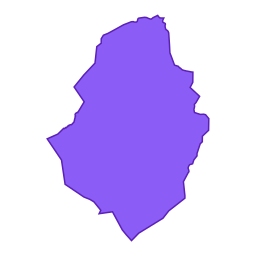 Gurvanbulag, Bayanhongor, Mongolia (orthographic projection)
{"feature_id": "93677404B95109209972050", "entity_name": "Gurvanbulag", "entity_type": "district", "adm_level": 2, "iso_a3": "MNG", "parent_name": "Mongolia", "parent_adm1": "Bayanhongor", "projection": "orthographic", "projection_center": [98.593, 47.279], "detail": "fine", "context": "isolated", "style": "filled", "palette": "violet", "viewbox_px": 256, "rotation_deg": 0, "n_neighbors": 0, "source": "geoboundaries", "source_scale": "gbopen_adm2", "svg_char_len": 2670}
<svg xmlns="http://www.w3.org/2000/svg" viewBox="0 0 256 256"><path d="M131.5,240.6L138.8,233.1L163.0,218.2L168.8,210.8L184.9,198.2L184.9,195.6L183.4,181.7L187.6,173.8L187.9,173.2L188.1,172.8L188.4,172.4L188.8,172.0L188.9,171.7L188.9,171.1L188.7,170.0L188.4,169.0L188.2,168.5L188.1,168.0L188.2,167.4L188.4,166.9L188.7,166.2L189.0,165.6L189.6,164.7L192.6,163.8L193.8,160.0L197.0,155.9L197.0,153.5L200.2,143.8L202.3,141.8L202.4,136.2L208.6,130.3L208.8,118.6L205.6,114.7L203.7,114.2L200.3,114.4L194.5,112.5L193.9,109.6L194.6,106.5L194.4,104.3L195.9,102.7L199.6,96.3L190.1,87.5L192.8,82.3L192.9,72.1L191.1,71.9L189.8,71.6L189.0,71.4L188.2,71.3L187.1,71.1L186.3,71.0L185.3,70.7L184.0,70.4L183.0,70.1L182.5,70.0L182.0,69.6L181.6,69.3L180.9,68.6L180.4,68.1L180.2,68.0L179.9,68.0L179.6,67.8L179.4,67.6L179.0,67.1L178.6,66.7L178.3,66.3L174.5,65.1L171.4,56.7L169.9,52.8L169.5,44.9L168.7,32.8L168.6,32.7L168.3,31.8L167.9,31.1L167.5,30.6L167.1,30.3L166.7,30.1L165.6,29.2L165.6,28.6L165.4,28.1L165.2,27.2L165.1,26.4L165.1,25.5L165.2,25.0L165.3,24.6L165.4,24.3L165.3,23.8L165.2,23.5L164.9,23.3L164.5,23.0L163.9,22.9L163.5,22.6L163.4,22.5L163.1,22.3L162.9,22.2L162.7,21.9L162.7,21.5L162.7,20.7L162.9,19.9L163.3,19.1L163.8,18.0L163.3,18.0L162.8,18.0L161.1,18.0L160.3,17.9L160.0,17.9L159.6,17.7L159.2,17.3L158.7,16.8L158.1,16.0L157.7,15.4L153.1,17.6L151.3,19.1L150.3,19.0L148.5,18.4L146.5,17.5L144.6,17.3L143.0,17.5L141.1,17.8L140.4,17.9L139.6,18.0L138.4,18.3L138.1,18.6L137.8,19.3L137.4,20.8L137.2,21.4L136.7,21.9L136.2,22.1L135.0,22.1L134.1,22.0L133.3,21.6L131.2,21.8L123.5,24.8L114.9,29.6L107.9,33.4L103.4,35.2L101.2,38.8L101.2,43.2L96.8,46.6L95.0,63.1L83.9,74.9L74.1,87.0L84.2,101.8L78.5,111.3L77.7,112.3L77.7,112.5L77.3,112.4L77.1,112.5L76.8,112.8L76.6,112.8L76.3,113.1L76.0,113.2L75.6,113.4L75.4,113.8L75.2,114.2L75.1,114.5L75.1,114.9L75.2,115.4L75.5,115.9L75.5,116.1L75.4,116.4L75.1,116.7L75.0,117.0L75.1,117.5L75.1,117.9L74.9,118.3L74.8,118.7L74.6,119.1L74.5,119.8L74.5,120.4L74.3,120.7L74.2,121.0L74.2,121.4L74.1,121.7L74.0,122.0L73.6,122.4L73.4,122.6L73.2,122.9L72.9,123.2L72.6,123.5L72.1,124.1L71.8,124.4L71.5,124.7L71.2,124.6L70.9,124.7L70.6,124.7L70.1,124.8L69.8,125.0L69.5,125.1L69.2,125.3L69.1,125.5L68.8,125.4L68.7,125.6L68.2,125.8L67.9,126.0L67.9,126.3L67.7,126.4L67.6,126.6L67.4,126.7L67.2,126.8L67.0,127.0L66.7,127.3L66.4,127.4L66.1,127.4L66.1,127.6L66.0,127.9L65.9,127.9L65.8,127.7L65.6,127.7L65.2,128.1L64.7,128.2L64.5,128.5L64.2,128.7L63.9,128.6L63.6,128.4L57.8,134.1L47.2,138.8L61.5,160.0L65.1,184.3L83.9,197.0L89.7,199.3L93.9,201.8L100.8,210.3L99.1,213.7L112.5,211.8L122.3,229.9L126.3,234.8L131.5,240.6Z" fill="#8b5cf6" stroke="#5b21b6" stroke-width="1.5"/></svg>